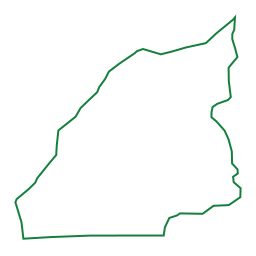 Goudoumaria, Diffa, Niger
{"feature_id": "23599985B75635581877036", "entity_name": "Goudoumaria", "entity_type": "district", "adm_level": 2, "iso_a3": "NER", "parent_name": "Niger", "parent_adm1": "Diffa", "projection": "natural_earth1", "projection_center": [11.333, 13.844], "detail": "fine", "context": "isolated", "style": "outline", "palette": "green", "viewbox_px": 256, "rotation_deg": 0, "n_neighbors": 0, "source": "geoboundaries", "source_scale": "gbopen_adm2", "svg_char_len": 885}
<svg xmlns="http://www.w3.org/2000/svg" viewBox="0 0 256 256"><path d="M23.4,238.7L50.2,237.1L89.9,235.6L163.7,235.5L164.9,227.3L169.3,218.0L177.1,215.4L180.0,213.4L202.6,213.8L213.5,205.8L228.8,205.1L240.3,197.2L240.6,188.2L233.7,182.2L233.1,176.7L237.8,173.5L237.5,169.4L232.1,163.5L231.8,151.4L228.5,139.2L224.6,130.6L216.3,121.3L211.5,117.3L211.5,112.1L212.6,107.0L217.3,103.8L228.0,100.0L230.8,97.1L228.8,81.1L228.6,68.0L229.6,66.4L237.4,57.1L235.2,48.6L232.3,39.2L232.3,34.0L234.2,29.8L235.0,17.3L233.8,18.7L233.0,19.7L216.5,33.2L205.9,43.1L186.2,47.4L171.7,51.6L160.8,54.3L143.0,49.0L136.9,51.2L134.2,53.6L119.8,63.3L108.9,71.6L105.1,79.0L99.2,87.1L97.2,92.2L89.4,99.5L80.6,108.0L75.7,116.6L58.4,130.4L56.8,144.9L56.2,155.0L48.9,163.7L37.3,178.1L35.2,182.7L29.0,188.8L16.6,199.2L15.4,202.3L17.7,209.7L21.5,222.4L23.4,238.7Z" fill="none" stroke="#15803d" stroke-width="2"/></svg>